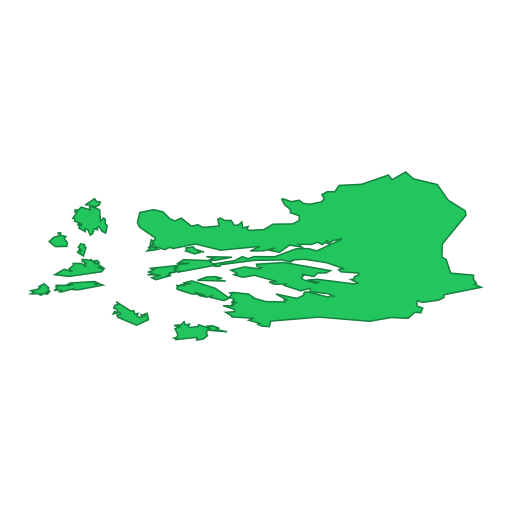 Flora nor, Sogn og Fjordane, Norway (Robinson projection)
{"feature_id": "86288312B31787825848012", "entity_name": "Flora nor", "entity_type": "district", "adm_level": 2, "iso_a3": "NOR", "parent_name": "Norway", "parent_adm1": "Sogn og Fjordane", "projection": "robinson", "projection_center": [5.064, 61.619], "detail": "fine", "context": "isolated", "style": "filled", "palette": "green", "viewbox_px": 512, "rotation_deg": 0, "n_neighbors": 0, "source": "geoboundaries", "source_scale": "gbopen_adm2", "svg_char_len": 6019}
<svg xmlns="http://www.w3.org/2000/svg" viewBox="0 0 512 512"><path d="M153.9,209.6L139.8,212.5L137.4,222.4L139.5,227.1L155.4,238.0L154.0,241.1L151.2,239.8L150.1,245.3L151.5,246.1L148.8,247.2L150.1,247.9L147.1,251.0L157.9,249.4L152.0,246.9L153.1,242.7L154.5,246.6L164.9,249.6L169.7,247.3L173.1,248.5L195.6,244.0L220.5,250.2L259.8,246.4L250.3,251.0L263.9,250.8L272.7,248.3L273.9,248.4L269.9,250.4L279.5,252.3L289.5,245.1L302.0,247.2L298.3,244.2L311.3,244.5L317.5,242.3L322.5,244.6L327.2,240.5L328.4,241.7L326.7,243.2L329.1,243.6L332.9,240.5L342.3,238.9L316.9,250.9L308.4,248.6L296.3,248.7L274.9,256.7L253.9,256.6L248.0,258.8L242.5,256.6L234.7,260.6L213.9,263.9L215.5,265.3L215.0,266.3L219.8,266.3L220.7,264.7L254.9,260.3L282.6,260.0L290.6,261.9L292.7,260.7L290.9,260.2L304.0,259.2L326.7,262.7L344.1,268.8L338.6,269.5L340.7,271.8L358.7,273.1L358.6,274.9L354.1,276.9L354.0,279.0L350.9,279.5L357.8,283.1L354.3,284.0L317.3,279.3L307.2,280.1L318.5,282.5L316.4,283.4L303.9,279.9L301.3,277.8L303.6,275.8L301.6,274.3L313.9,276.5L317.7,273.0L325.9,272.9L330.5,270.7L284.3,262.5L256.5,264.2L257.0,266.5L261.7,267.7L259.5,268.9L244.5,266.9L230.9,270.2L237.1,273.2L237.0,274.7L235.0,274.2L233.8,274.7L242.6,277.3L254.4,275.3L277.2,281.6L269.1,282.0L274.2,284.2L286.0,284.0L284.2,285.4L300.6,290.8L310.0,288.4L310.3,291.7L328.1,293.7L334.6,296.7L331.0,295.6L328.4,297.2L307.9,291.9L304.3,292.3L303.4,295.4L296.8,298.4L276.0,294.0L286.8,299.9L284.2,300.3L285.1,302.0L266.1,301.6L252.5,297.9L254.0,297.8L248.5,294.1L233.2,292.4L229.8,293.0L232.0,294.2L229.4,297.0L234.2,299.3L232.1,301.8L233.3,301.7L237.0,302.9L232.3,302.4L233.9,304.5L232.0,304.4L232.9,305.8L223.1,305.7L234.2,309.3L234.7,311.7L225.7,312.3L232.4,316.4L231.1,316.9L253.9,318.3L248.8,320.2L259.8,323.4L257.9,324.3L261.7,326.1L269.3,326.7L270.8,321.1L319.2,317.1L369.7,321.3L391.2,317.5L408.0,318.4L414.8,312.3L420.8,312.8L422.7,308.1L416.9,306.0L417.1,300.7L422.5,302.4L438.3,300.2L443.9,297.5L444.2,294.7L481.3,287.3L474.6,284.3L476.4,283.4L473.3,278.7L473.6,275.2L450.6,273.1L446.2,259.6L441.8,256.9L442.4,243.9L466.0,215.2L465.2,210.8L448.3,200.3L437.2,184.5L413.3,178.8L405.7,172.0L392.1,179.7L388.5,175.0L361.6,184.3L339.2,185.4L334.8,191.8L327.3,191.7L321.9,194.6L324.3,199.3L321.1,202.0L309.4,204.3L303.0,203.3L299.3,200.2L291.5,201.7L282.7,198.7L281.7,199.4L284.6,204.7L290.4,209.5L290.4,212.8L299.1,215.6L299.2,220.5L292.7,223.9L272.9,224.2L263.9,229.6L249.1,230.4L246.9,228.9L248.2,226.5L242.7,227.9L241.8,222.0L238.4,225.0L234.3,225.4L231.1,220.4L224.7,220.5L220.3,218.0L217.8,219.2L219.1,226.0L202.9,227.4L197.9,224.7L191.5,226.2L181.3,218.1L175.0,221.0L169.9,218.8L163.0,211.9L153.9,209.6ZM94.6,198.6L85.1,205.0L87.1,204.4L87.1,205.0L88.9,204.9L89.6,205.5L89.6,208.9L91.2,210.2L81.1,207.1L78.4,210.0L75.1,209.9L75.0,212.1L77.1,212.0L72.8,218.4L74.7,218.4L74.6,221.4L78.5,222.4L77.7,225.5L79.3,223.2L80.0,225.3L81.5,223.6L81.4,225.8L79.3,225.8L79.0,228.2L85.3,231.7L85.1,228.6L88.2,230.2L90.2,235.1L92.5,233.8L94.1,229.0L97.6,229.6L96.7,228.0L98.9,226.6L102.0,231.3L105.7,233.1L107.2,225.7L105.1,223.6L105.4,219.5L103.7,218.0L100.4,221.2L99.7,209.8L90.0,205.8L95.9,206.7L99.1,205.0L100.4,202.2L96.3,201.3L94.6,198.6ZM191.9,280.9L184.1,282.8L184.7,283.3L186.5,283.5L187.3,283.4L187.5,283.5L188.5,283.5L189.9,283.6L190.0,283.7L180.4,284.6L185.3,285.6L176.1,285.4L178.5,286.3L176.8,288.0L177.5,289.5L191.5,293.9L197.8,294.2L196.0,292.6L196.4,292.6L205.5,295.7L198.3,295.2L198.7,295.4L206.6,297.2L212.1,295.9L210.7,297.4L223.9,300.6L229.3,298.2L215.4,288.3L191.9,280.9ZM184.1,321.7L180.9,324.8L174.0,325.4L179.3,326.9L175.0,328.6L177.7,334.5L177.3,336.9L174.0,338.1L177.2,339.0L175.2,339.7L195.7,337.4L197.1,337.9L196.5,340.0L203.1,339.1L207.5,335.6L206.3,332.4L207.7,330.2L227.1,331.8L216.2,329.5L218.7,328.1L212.7,325.8L207.7,326.1L210.1,327.3L208.2,327.1L209.3,328.4L198.5,324.7L198.1,326.6L189.6,327.5L188.3,326.9L189.5,324.1L185.3,325.0L184.1,321.7ZM82.2,259.3L82.2,261.3L86.5,263.6L84.8,263.5L85.6,266.3L81.5,263.5L73.1,263.4L73.5,265.5L69.0,268.8L72.3,271.5L64.2,269.3L54.7,274.7L69.2,276.4L101.9,271.7L103.6,269.3L97.3,267.3L103.3,267.8L97.1,263.6L99.4,262.9L97.4,260.4L94.0,260.9L96.0,264.4L90.6,259.0L91.2,260.5L82.2,259.3ZM131.1,311.2L116.2,301.7L118.3,304.3L114.7,305.5L113.7,308.2L117.2,309.5L117.8,312.6L114.7,311.4L113.1,313.9L120.0,312.4L120.4,314.3L116.9,315.1L118.0,317.4L136.6,325.2L148.6,319.7L147.0,313.2L143.8,314.5L145.4,316.3L141.1,314.7L142.0,317.1L138.8,317.3L136.9,315.7L138.1,313.4L134.9,314.1L133.7,310.6L131.1,311.2ZM183.6,259.7L178.2,263.1L189.2,263.3L177.8,264.7L176.3,266.2L177.7,267.7L175.6,267.8L176.1,268.4L175.6,270.7L175.0,271.1L180.6,271.3L176.7,272.1L177.9,272.2L214.9,265.3L210.0,261.8L211.8,260.7L183.6,259.7ZM94.7,281.5L70.8,283.0L71.9,284.3L69.9,283.6L70.6,285.4L69.1,284.0L67.6,284.4L69.1,285.4L57.2,285.3L58.6,286.1L55.8,286.7L56.8,288.6L54.0,290.5L60.0,289.9L61.4,290.4L59.5,291.8L61.7,292.0L73.9,288.5L73.4,289.7L78.4,289.8L102.9,285.1L98.4,283.4L95.2,284.5L94.5,282.8L97.0,282.6L94.7,281.5ZM176.1,265.6L149.6,268.4L154.2,269.7L148.5,272.0L153.5,274.0L147.5,274.8L160.7,275.1L151.8,277.8L156.0,279.7L170.9,275.5L168.2,274.9L170.7,273.4L168.7,272.8L175.0,272.2L174.3,269.5L176.1,265.6ZM60.7,232.8L57.3,233.0L59.5,233.4L58.4,236.1L53.7,237.3L49.1,241.6L55.3,246.6L66.8,246.4L67.3,242.6L64.2,238.5L65.9,236.5L60.5,235.3L60.7,232.8ZM44.0,283.8L38.8,286.7L40.1,287.6L38.3,289.1L30.9,290.7L34.0,292.0L30.7,293.8L41.9,293.9L39.4,294.9L41.1,295.1L49.1,291.1L46.3,294.0L47.5,294.1L49.9,291.2L47.9,289.5L48.8,287.8L44.0,283.8ZM206.6,277.0L197.3,280.3L225.8,281.1L218.8,280.1L217.2,278.1L221.2,278.5L221.4,278.1L215.5,276.6L206.6,277.0ZM193.2,246.9L185.7,248.0L186.9,250.3L185.6,251.0L194.7,253.9L200.8,252.2L198.4,251.9L198.3,251.3L204.1,252.0L195.4,249.4L193.2,246.9ZM80.7,243.8L78.3,247.2L81.2,250.2L80.2,251.7L79.2,249.8L77.5,252.4L83.4,256.0L86.0,247.5L84.1,246.5L84.7,244.7L80.7,243.8ZM232.0,257.2L206.3,256.7L214.4,257.7L210.5,259.4L214.5,260.5L232.0,257.2Z" fill="#22c55e" stroke="#15803d" stroke-width="1.5"/></svg>